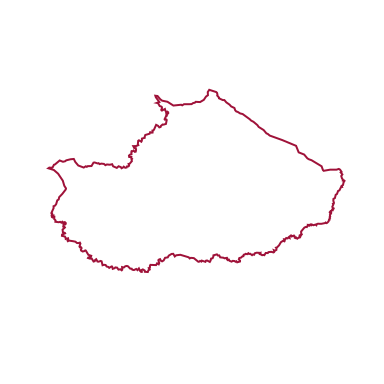 the district of El Copey, Cesar, Colombia, rotated 230°
{"feature_id": "7082276B6565875231933", "entity_name": "El Copey", "entity_type": "district", "adm_level": 2, "iso_a3": "COL", "parent_name": "Colombia", "parent_adm1": "Cesar", "projection": "mercator", "projection_center": [-73.955, 10.203], "detail": "fine", "context": "isolated", "style": "outline", "palette": "rose", "viewbox_px": 384, "rotation_deg": 230, "n_neighbors": 0, "source": "geoboundaries", "source_scale": "gbopen_adm2", "svg_char_len": 5935}
<svg xmlns="http://www.w3.org/2000/svg" viewBox="0 0 384 384"><g transform="rotate(230 192 192)"><path d="M88.1,289.4L88.4,290.0L89.5,289.6L90.5,290.0L91.5,292.1L92.4,292.4L92.1,293.3L92.5,293.8L94.4,294.6L95.8,295.9L95.5,297.6L97.5,300.3L97.3,301.8L98.9,304.6L98.5,306.0L100.1,309.6L99.5,310.2L100.5,310.6L100.3,312.2L101.9,314.2L102.5,316.0L103.2,315.9L103.9,314.9L104.7,315.6L105.9,315.6L108.3,316.6L108.8,318.5L111.4,318.5L111.3,319.5L113.9,319.8L115.3,319.3L116.2,317.1L120.3,312.2L123.6,306.5L124.6,306.4L128.4,307.8L139.5,304.0L142.1,302.5L143.7,302.0L148.6,302.0L153.8,299.2L160.5,301.4L173.8,294.5L185.3,287.8L187.7,287.4L189.1,286.7L193.4,286.7L199.0,284.9L201.2,285.1L206.3,284.2L208.7,283.2L210.7,283.0L219.2,280.9L221.2,279.4L224.0,278.5L225.2,277.7L226.8,277.6L229.1,278.5L232.4,277.0L234.9,276.9L238.6,275.9L241.6,275.9L242.6,274.7L246.4,272.9L246.9,273.4L249.6,273.3L249.8,273.8L251.8,274.9L253.0,274.8L259.2,270.9L258.4,268.3L255.9,266.4L256.1,264.1L255.0,260.3L255.7,256.0L258.7,252.8L258.6,251.5L259.4,250.1L259.6,248.1L264.4,242.3L264.7,240.2L265.8,239.8L270.2,233.3L276.9,231.2L281.2,227.8L283.5,227.3L287.7,227.3L289.3,225.8L287.8,225.2L281.9,224.8L282.8,222.4L281.9,223.1L278.6,222.5L277.2,223.4L276.4,223.5L275.5,222.9L274.8,221.4L274.2,221.1L273.7,221.3L273.0,224.6L271.5,223.9L270.2,223.8L269.3,223.1L268.9,223.7L269.2,224.8L268.4,225.0L267.6,224.4L267.5,221.7L266.6,221.7L266.6,220.5L265.4,217.8L264.9,217.7L264.0,219.0L263.4,218.9L260.9,215.8L261.9,213.5L262.6,212.9L262.6,210.7L262.0,209.7L262.5,208.5L264.6,208.5L266.5,207.7L264.3,203.2L264.0,202.0L264.5,201.2L262.9,200.0L263.3,199.3L264.7,198.4L263.9,197.0L265.7,192.9L264.7,191.2L263.9,190.6L265.1,188.0L263.5,186.5L263.1,185.5L265.7,184.6L265.8,183.7L263.5,181.3L262.4,181.0L263.2,178.6L264.9,176.5L262.7,176.0L261.7,177.1L260.2,176.2L259.1,174.8L259.5,174.0L261.3,173.9L261.4,172.5L262.1,172.0L261.6,171.2L259.8,169.9L260.5,168.4L260.4,167.1L259.2,166.4L257.8,168.0L257.2,167.3L255.9,167.4L255.7,166.5L254.3,165.8L253.7,162.1L254.2,161.5L252.6,160.7L252.5,159.7L253.4,158.6L252.8,157.7L253.5,156.4L255.3,156.0L255.1,154.8L255.5,153.3L256.8,153.5L258.9,152.3L258.8,149.9L262.4,148.1L264.6,148.7L265.7,146.6L267.8,144.5L268.2,142.9L270.1,142.6L272.0,140.8L272.8,139.1L274.1,139.0L274.5,138.1L277.2,136.4L277.8,135.4L276.5,131.7L278.9,128.6L278.9,127.6L280.0,127.1L280.3,124.8L285.4,121.9L290.1,121.9L293.3,122.7L295.2,119.9L297.1,116.0L297.1,114.6L298.1,112.6L301.2,110.9L301.2,104.7L301.6,103.7L300.5,101.2L301.0,99.8L302.4,98.4L302.5,97.2L297.7,100.3L292.1,101.2L283.7,100.3L278.9,98.2L275.8,97.8L275.1,96.9L273.9,91.4L273.4,86.9L272.0,85.1L272.2,83.4L270.0,80.1L269.6,78.2L270.1,76.8L268.6,75.6L266.3,70.8L265.5,71.1L264.5,69.7L263.6,70.5L263.3,68.8L262.9,68.6L262.1,68.9L262.4,70.4L261.7,70.8L259.9,69.1L257.9,69.2L257.0,68.2L254.5,70.5L253.9,71.8L252.5,72.2L252.6,73.5L251.6,73.6L250.7,75.2L249.6,75.4L248.8,74.9L248.7,74.1L250.6,73.5L250.7,73.1L249.3,72.5L248.3,71.2L247.6,71.9L246.5,71.8L246.4,68.7L244.1,67.2L242.4,68.3L241.9,68.2L242.9,65.1L242.0,64.2L239.6,66.0L238.3,65.8L237.2,65.1L236.2,67.3L235.2,66.7L234.8,65.4L234.1,65.3L233.9,66.5L230.6,69.4L228.8,70.8L227.1,71.0L226.0,71.9L225.3,73.6L224.3,73.4L222.5,70.7L221.7,70.6L221.4,71.4L220.4,71.5L219.7,71.0L219.4,69.9L218.5,69.4L216.7,70.0L216.0,71.4L215.9,72.7L215.4,73.0L210.5,72.2L207.9,73.8L207.5,73.2L208.5,70.4L208.3,69.9L206.5,71.0L205.5,72.4L202.0,71.9L201.5,73.0L202.2,74.1L202.1,75.4L199.5,74.9L198.7,75.6L197.9,77.7L197.0,78.2L193.4,76.4L192.8,77.8L191.6,78.9L189.8,78.7L188.3,79.8L187.1,79.8L186.7,82.5L186.2,82.9L184.1,81.9L183.4,83.7L183.5,84.8L182.2,86.0L179.8,85.8L178.9,87.4L177.2,87.8L177.3,88.6L179.4,90.2L178.0,91.2L178.0,93.2L177.2,94.6L176.2,95.2L173.0,95.4L172.0,96.5L171.0,96.3L170.3,96.7L169.5,97.4L168.9,99.8L167.2,100.0L167.6,102.2L165.1,101.5L163.4,101.7L163.1,102.3L164.7,103.0L164.3,104.6L162.2,105.3L161.2,104.6L159.1,106.7L160.1,108.3L159.8,109.7L161.5,110.0L161.1,111.1L162.5,112.3L162.9,113.3L159.1,117.5L159.8,119.4L158.0,120.0L158.6,121.2L161.4,122.4L161.5,123.2L161.1,124.4L159.2,124.0L158.1,124.5L157.8,126.3L158.9,129.1L157.5,131.4L158.2,133.3L157.7,136.5L156.7,137.9L153.7,137.4L153.7,139.2L151.4,142.7L144.1,147.5L142.6,147.5L142.3,148.8L140.2,150.9L134.5,152.0L134.0,152.8L134.0,153.9L132.7,154.5L133.1,155.4L129.9,157.4L130.4,158.5L129.9,159.5L127.0,160.7L127.5,162.1L128.7,163.8L128.0,165.2L128.9,167.0L129.7,167.7L128.2,171.0L126.7,171.0L125.9,172.1L123.8,171.6L121.5,173.8L120.3,174.3L119.1,176.5L118.4,176.4L117.9,175.5L116.8,175.6L116.4,176.8L115.2,176.5L113.2,177.6L113.1,178.9L111.8,180.2L110.6,180.5L110.4,181.5L109.1,181.4L107.9,184.1L108.6,184.7L110.3,184.6L111.0,185.8L110.2,187.4L110.3,189.4L109.8,190.1L110.7,191.3L110.2,192.3L110.2,193.3L108.9,194.3L108.9,195.8L107.8,195.9L107.3,196.9L105.0,197.4L105.0,198.5L104.0,199.3L104.7,200.7L104.0,202.4L102.3,204.3L101.3,204.0L101.2,205.3L100.1,204.5L98.5,205.1L98.0,206.2L97.1,206.8L97.9,209.3L96.5,210.8L96.8,211.9L96.3,212.7L95.2,214.3L93.3,215.6L93.2,216.3L93.4,216.8L94.7,217.3L93.7,217.8L93.4,219.4L94.5,220.5L95.3,220.6L94.9,221.4L95.2,224.4L96.4,227.8L96.1,230.4L94.8,231.1L95.0,231.6L96.6,232.2L95.8,233.1L96.2,234.6L95.0,235.4L95.2,236.8L94.0,237.2L95.2,238.1L95.1,239.9L93.9,239.9L94.0,240.5L93.3,241.0L93.1,242.1L91.9,242.1L90.9,241.3L90.2,241.6L90.2,242.5L88.6,242.6L88.5,244.2L87.8,245.5L88.0,246.0L88.8,245.7L89.6,246.6L89.4,247.5L88.8,247.7L89.0,248.9L90.1,249.0L91.6,250.2L92.5,255.2L92.1,256.7L91.3,257.4L91.8,258.7L91.5,259.3L92.3,259.7L91.3,260.7L90.7,260.7L91.0,261.8L89.8,262.2L90.1,262.9L88.5,263.7L87.7,265.6L86.6,265.9L87.2,266.8L86.8,268.0L84.5,270.6L82.6,274.1L82.7,274.7L81.8,274.9L81.5,275.7L81.7,277.7L82.6,279.0L82.4,279.6L83.0,279.8L83.3,281.0L84.3,281.3L84.4,282.1L85.8,282.9L86.3,284.1L86.8,284.2L86.2,284.8L86.9,285.5L88.1,285.1L88.3,286.1L87.9,287.1L88.3,287.8L87.7,288.2L88.3,288.8L88.1,289.4Z" fill="none" stroke="#9f1239" stroke-width="2"/></g></svg>